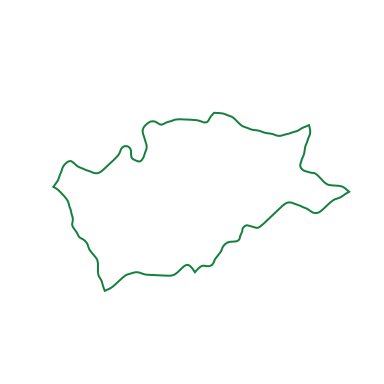 Rancho Arriba, San José de Ocoa, Dominican Republic (Albers equal-area conic projection), rotated 137°
{"feature_id": "3306468B42519572872146", "entity_name": "Rancho Arriba", "entity_type": "district", "adm_level": 2, "iso_a3": "DOM", "parent_name": "Dominican Republic", "parent_adm1": "San José de Ocoa", "projection": "albers", "projection_center": [-70.446, 18.713], "detail": "fine", "context": "isolated", "style": "outline", "palette": "green", "viewbox_px": 384, "rotation_deg": 137, "n_neighbors": 0, "source": "geoboundaries", "source_scale": "gbopen_adm2", "svg_char_len": 3947}
<svg xmlns="http://www.w3.org/2000/svg" viewBox="0 0 384 384"><g transform="rotate(137 192 192)"><path d="M60.8,161.1L66.7,163.3L68.4,163.8L71.8,164.4L73.5,164.9L74.2,165.2L77.8,167.1L81.0,168.4L85.2,170.8L88.3,172.3L89.6,173.2L90.7,174.4L91.7,175.7L93.1,178.7L94.0,180.1L97.6,184.7L98.6,186.1L100.9,190.6L101.8,192.0L105.1,195.9L106.4,198.0L107.8,201.1L109.7,204.7L110.3,206.3L110.7,208.9L111.0,217.1L111.3,218.8L111.8,220.4L113.7,224.0L115.1,227.1L116.0,228.5L118.2,231.1L121.9,234.9L125.5,234.6L127.2,234.3L128.8,233.9L130.8,233.2L132.1,232.9L132.8,232.9L133.5,233.0L134.7,233.7L135.3,234.2L136.2,235.4L138.0,239.0L139.0,240.5L140.2,242.0L144.2,246.3L151.0,253.2L153.2,255.1L155.5,256.7L158.7,258.0L163.0,260.2L166.8,261.3L168.1,261.9L168.7,262.4L169.5,263.7L170.5,267.3L171.1,268.8L172.1,270.1L172.7,270.7L174.0,271.6L174.8,272.0L175.7,272.2L177.4,272.5L179.2,272.6L181.0,272.6L183.6,272.1L185.2,271.3L186.5,270.3L187.5,269.0L188.0,268.3L189.3,265.3L191.1,261.7L192.9,257.9L193.8,256.6L194.9,255.4L196.2,254.4L199.3,252.9L203.4,250.6L205.0,250.1L206.5,249.7L207.8,249.6L208.6,249.7L209.3,250.0L209.9,250.4L210.8,251.6L212.5,255.5L212.8,256.9L212.8,257.6L212.7,258.4L212.3,259.1L211.4,260.5L208.6,263.6L207.8,265.1L207.6,265.9L207.5,267.6L207.7,268.5L208.0,269.3L208.9,270.5L210.2,271.5L211.0,271.8L212.6,272.1L213.5,272.0L215.0,271.6L217.7,270.2L219.3,269.6L221.1,269.2L223.0,269.0L227.0,268.8L241.8,268.8L244.6,269.0L246.5,269.4L247.4,269.7L248.8,270.6L249.4,271.2L250.5,272.4L251.3,273.8L252.6,276.8L254.6,280.4L255.9,283.6L257.3,286.5L257.9,288.0L258.3,289.7L258.8,294.7L259.1,296.2L259.4,297.0L259.9,297.6L260.6,298.1L261.3,298.5L262.8,298.9L264.5,299.0L267.1,298.9L268.8,298.5L270.4,297.9L273.9,295.9L277.1,294.5L281.4,292.2L283.0,291.7L289.9,290.3L289.0,287.5L288.6,285.7L288.4,283.8L288.3,280.0L288.3,276.1L288.5,273.2L288.7,271.3L288.9,270.4L289.5,268.8L291.4,265.2L292.7,262.1L295.1,257.9L296.6,254.9L297.5,253.6L298.6,252.5L301.5,250.3L302.0,249.7L302.4,249.1L303.0,247.6L303.9,240.9L305.0,237.4L305.2,236.0L305.0,234.7L303.8,231.1L303.6,228.6L303.7,226.9L304.0,225.2L306.0,220.8L306.4,219.0L306.7,216.2L307.0,210.4L307.4,207.6L308.2,205.9L309.2,204.3L310.4,202.9L315.0,198.0L316.7,195.7L317.1,194.9L317.7,193.3L318.4,189.9L318.9,188.3L321.6,183.1L323.2,179.2L317.8,177.4L315.0,176.9L311.2,176.7L301.6,176.7L297.8,176.4L296.9,176.2L295.3,175.6L288.7,172.3L287.4,171.3L285.8,169.5L285.0,168.1L283.4,165.0L282.4,163.5L280.5,161.3L267.4,147.9L265.3,145.9L263.8,144.8L262.1,143.9L260.3,143.4L257.5,143.1L250.9,143.2L248.2,143.1L246.6,142.7L245.8,142.4L245.1,141.9L244.6,141.2L244.3,140.5L244.0,139.7L243.8,138.1L243.9,135.5L244.6,131.3L241.2,131.7L239.4,131.7L236.9,131.6L235.3,131.2L234.0,130.4L233.5,129.9L231.8,127.7L230.2,126.2L228.9,125.5L227.3,125.1L226.5,125.1L224.9,125.4L221.4,127.0L219.6,127.4L213.9,128.3L212.0,128.7L210.4,129.2L207.5,130.6L205.9,131.1L203.3,131.3L200.7,130.9L199.1,130.2L197.6,129.2L194.2,126.4L192.9,125.5L191.4,125.1L189.9,125.1L188.7,125.6L186.7,127.0L182.8,128.6L182.2,128.9L180.8,130.1L179.7,130.8L178.2,131.1L176.7,131.1L175.3,130.6L174.6,130.2L174.1,129.7L169.5,122.1L169.0,121.5L168.3,121.0L166.6,120.4L164.8,120.2L161.9,120.0L135.4,120.2L132.5,120.0L130.6,119.6L129.7,119.2L128.3,118.4L127.1,117.2L126.2,115.9L124.4,112.2L122.5,108.6L121.2,105.4L119.5,101.8L119.0,100.2L118.1,96.0L117.5,94.4L116.7,93.0L115.5,91.9L114.8,91.4L113.2,90.6L110.4,90.1L107.5,90.0L98.4,90.1L94.5,89.7L92.7,89.3L89.0,87.6L87.5,87.0L85.7,86.6L80.4,85.8L76.9,85.0L77.5,89.9L77.8,91.7L78.4,93.4L78.8,94.2L80.5,96.5L85.1,101.4L86.3,102.8L87.4,104.4L87.8,105.2L88.3,107.1L88.6,108.9L88.7,117.5L88.8,119.3L89.1,121.0L89.7,122.5L91.9,125.0L95.1,130.3L95.7,131.9L95.9,132.7L95.9,134.4L95.9,135.2L95.4,136.7L95.0,137.4L93.8,138.4L89.2,141.1L86.1,142.4L84.5,143.2L83.0,144.2L78.7,147.6L77.2,148.5L74.1,149.9L70.5,151.9L67.5,153.2L66.1,154.0L64.8,155.1L63.2,156.9L60.8,161.1Z" fill="none" stroke="#15803d" stroke-width="2"/></g></svg>